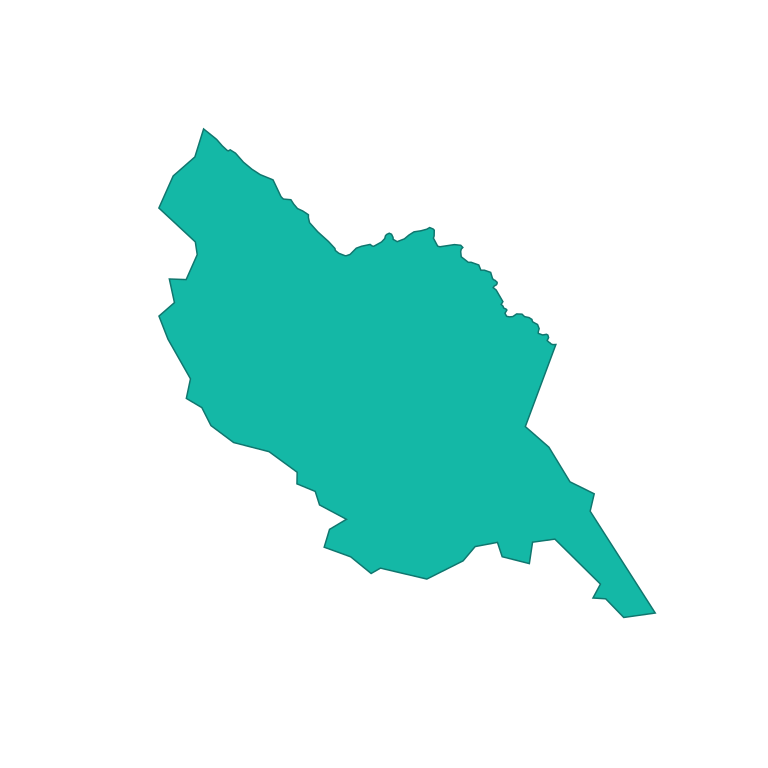 Letcher, Kentucky, United States of America, rotated 254°
{"feature_id": "52423323B26336068765795", "entity_name": "Letcher", "entity_type": "district", "adm_level": 2, "iso_a3": "USA", "parent_name": "United States of America", "parent_adm1": "Kentucky", "projection": "albers", "projection_center": [-82.803, 37.114], "detail": "fine", "context": "isolated", "style": "filled", "palette": "teal", "viewbox_px": 768, "rotation_deg": 254, "n_neighbors": 0, "source": "geoboundaries", "source_scale": "gbopen_adm2", "svg_char_len": 2041}
<svg xmlns="http://www.w3.org/2000/svg" viewBox="0 0 768 768"><g transform="rotate(254 384 384)"><path d="M243.6,281.5L227.0,304.4L205.4,319.4L208.0,329.8L184.7,371.4L192.2,411.3L202.6,426.8L200.5,449.4L185.4,450.0L171.3,474.2L191.0,483.2L187.8,505.5L132.0,536.9L120.7,525.9L116.4,537.9L93.5,550.1L89.1,581.6L204.9,547.1L220.5,555.8L238.7,535.8L277.8,525.1L304.1,508.1L374.6,560.1L375.3,557.2L376.2,555.9L377.1,555.2L377.7,555.0L378.8,554.0L380.8,552.8L383.2,555.0L385.8,555.0L387.0,553.9L387.4,550.0L390.1,546.3L391.2,546.5L392.4,547.1L394.4,548.4L398.8,548.0L402.6,544.2L403.8,543.9L405.3,544.0L407.9,541.7L410.0,537.7L413.1,535.9L414.8,530.8L413.3,526.5L413.9,523.2L415.3,520.5L418.7,519.8L421.2,522.5L422.1,522.2L424.2,519.9L425.9,519.9L428.2,518.6L430.4,521.0L443.5,517.7L446.5,515.5L447.8,517.0L448.3,519.2L449.2,520.3L450.6,520.8L453.2,519.2L453.6,518.5L455.0,517.6L455.2,517.4L461.9,517.3L465.7,511.9L466.7,508.5L472.3,507.9L477.0,501.3L477.7,498.6L485.0,493.3L490.1,494.2L492.3,495.4L493.5,497.4L496.2,496.0L498.6,490.1L500.5,475.6L501.7,473.6L510.6,471.7L512.5,473.0L518.0,474.7L519.2,474.1L519.5,473.9L521.8,471.0L521.0,467.8L521.1,461.7L522.0,454.8L520.3,449.0L517.9,443.6L517.2,435.9L520.5,432.7L522.5,433.1L525.9,432.5L527.5,430.6L527.0,427.7L526.0,426.2L523.6,424.8L521.2,420.8L519.2,412.1L519.8,410.8L522.0,409.1L522.6,400.4L522.2,394.8L517.9,387.1L517.7,383.1L518.0,382.0L522.1,376.6L525.8,374.0L527.8,374.2L536.3,369.9L548.5,362.3L559.6,356.9L564.8,357.2L567.5,358.0L572.7,353.6L576.5,349.2L581.8,346.8L586.8,345.3L589.5,338.3L591.0,337.4L592.6,336.6L610.8,333.6L619.4,322.7L626.9,316.2L636.0,310.0L646.8,304.9L651.5,300.7L651.0,298.6L651.8,297.6L657.6,294.1L665.3,290.5L678.9,280.9L654.4,264.8L642.1,238.7L615.2,216.1L572.6,241.8L559.8,240.1L538.9,222.6L544.1,206.6L520.0,205.0L511.3,186.4L486.6,188.7L442.3,199.4L424.6,190.0L411.5,202.4L391.7,206.2L369.2,223.3L350.6,254.9L323.1,276.2L312.0,272.8L299.7,288.3L285.5,288.7L264.3,310.6L259.3,291.6L243.6,281.5Z" fill="#14b8a6" stroke="#0f766e" stroke-width="1.5"/></g></svg>